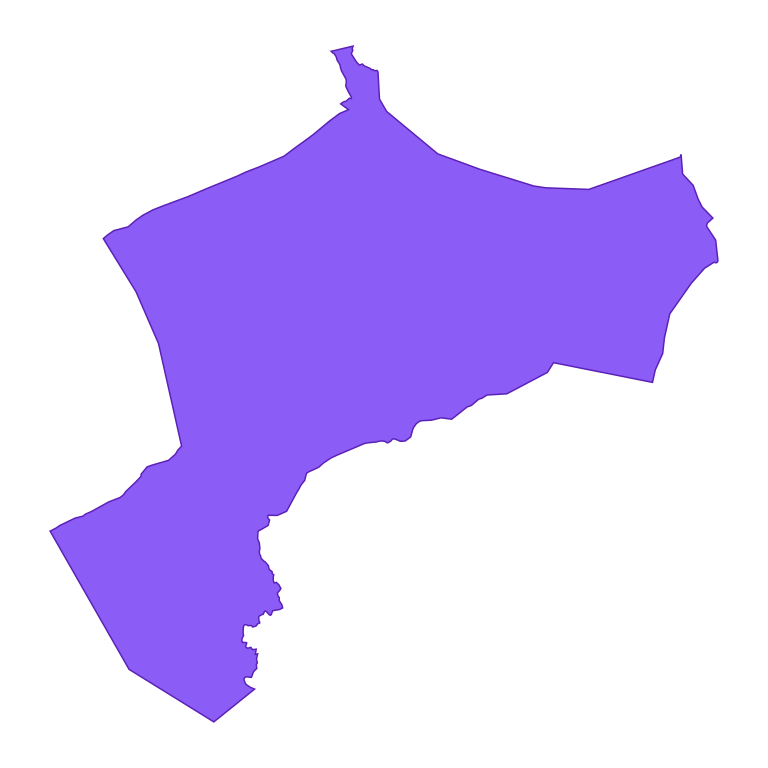 the district of Teococuilco de Marcos Pérez, Oaxaca, Mexico
{"feature_id": "50627088B57116548490410", "entity_name": "Teococuilco de Marcos Pérez", "entity_type": "district", "adm_level": 2, "iso_a3": "MEX", "parent_name": "Mexico", "parent_adm1": "Oaxaca", "projection": "mercator", "projection_center": [-96.676, 17.319], "detail": "fine", "context": "isolated", "style": "filled", "palette": "violet", "viewbox_px": 768, "rotation_deg": 0, "n_neighbors": 0, "source": "geoboundaries", "source_scale": "gbopen_adm2", "svg_char_len": 3423}
<svg xmlns="http://www.w3.org/2000/svg" viewBox="0 0 768 768"><path d="M353.1,46.1L331.1,51.3L332.6,52.8L334.1,53.6L336.1,56.6L337.2,60.4L339.0,63.1L340.0,65.1L340.7,68.5L341.6,71.1L344.4,76.2L346.2,79.5L346.2,83.3L345.7,86.0L347.0,89.0L348.8,92.6L350.3,95.2L351.5,97.2L351.2,98.5L349.9,98.2L349.2,98.3L347.4,100.1L346.0,101.2L344.1,101.7L342.3,102.6L340.7,103.9L348.5,109.7L339.6,113.5L329.8,120.8L312.8,134.9L301.2,143.4L294.8,148.0L284.0,156.2L258.4,167.2L246.4,171.8L237.4,176.0L206.0,188.9L188.0,196.6L164.5,205.3L153.3,209.7L143.1,215.1L136.3,219.8L128.2,226.8L113.8,230.6L107.9,234.7L105.4,236.8L103.3,238.6L136.0,291.7L158.5,343.5L181.6,446.1L178.0,449.9L175.5,454.1L168.6,460.3L151.8,465.2L147.1,466.9L141.2,474.1L140.9,476.5L135.9,481.8L125.7,491.6L123.5,494.8L120.1,497.5L108.9,501.8L91.4,511.5L85.3,514.2L83.1,516.1L75.1,518.1L59.9,525.4L56.0,528.1L50.1,531.1L129.1,669.4L181.7,702.0L213.8,721.9L254.6,689.1L250.5,687.4L248.8,686.3L247.0,685.1L245.6,683.8L244.3,680.6L243.9,679.1L244.6,677.7L245.7,676.9L248.1,676.9L249.2,677.2L251.4,677.3L252.0,675.9L253.1,672.8L253.7,671.6L254.3,670.9L255.3,669.9L256.8,668.5L256.3,664.5L257.4,662.8L256.5,659.5L257.0,656.4L257.7,653.9L255.3,654.3L256.2,649.2L252.4,649.6L250.8,647.3L249.6,647.7L248.1,648.1L247.4,648.0L246.9,647.9L246.6,647.8L246.3,647.7L246.1,647.4L245.7,645.8L246.5,644.2L246.6,642.7L244.9,642.4L242.4,642.4L241.8,640.1L242.2,638.3L243.6,635.4L243.2,634.2L243.1,631.9L243.3,627.7L243.8,625.6L244.8,624.7L246.3,624.7L248.1,625.7L250.8,625.5L252.0,626.0L252.7,627.0L254.8,626.4L256.4,625.7L257.7,623.7L259.6,623.1L259.7,622.0L258.9,620.8L258.7,616.9L259.1,616.1L260.6,615.4L261.7,614.6L263.1,614.4L263.9,612.9L264.3,611.6L265.1,611.0L266.4,611.6L268.0,613.4L269.3,614.8L270.5,615.3L271.4,614.4L271.9,612.8L272.6,610.8L274.4,610.4L279.6,609.5L282.7,607.9L281.9,604.8L279.2,600.5L279.3,597.5L278.0,595.9L277.4,593.0L279.3,590.9L280.9,588.6L278.9,584.8L276.4,582.4L274.1,582.9L273.2,580.2L273.3,576.7L273.8,574.9L272.2,573.5L272.1,571.6L270.0,570.1L268.9,568.5L268.4,565.7L265.3,562.0L263.4,560.7L261.0,558.1L260.6,555.8L259.6,554.3L259.3,551.3L259.9,548.7L259.3,542.8L257.6,538.6L258.0,531.3L268.1,525.5L269.6,520.0L267.7,517.7L268.0,515.3L277.3,515.4L286.6,511.3L296.3,493.3L299.0,488.9L301.1,484.9L304.7,480.4L306.5,473.3L308.6,471.9L318.9,467.1L323.2,463.2L331.0,458.0L336.7,455.3L364.2,443.6L367.1,442.9L376.4,442.0L379.4,441.1L381.4,441.0L384.5,441.2L386.1,442.2L387.8,442.9L391.1,440.9L392.2,439.2L394.0,438.8L395.8,439.4L397.9,440.2L400.0,441.2L401.9,441.3L405.3,440.9L407.3,439.5L409.4,437.9L410.7,436.9L411.2,435.1L412.9,429.0L414.0,426.9L415.1,425.4L416.1,423.9L419.3,421.4L421.6,420.7L431.4,420.2L441.1,417.8L451.7,419.2L467.2,406.9L471.3,405.5L478.7,399.2L481.8,398.3L487.1,395.0L506.8,393.8L547.4,372.4L553.5,362.7L652.5,382.4L655.3,369.9L662.7,353.5L664.4,338.1L669.8,313.8L691.3,283.2L704.6,268.2L713.9,262.3L714.3,262.4L714.8,262.5L715.3,262.6L716.1,262.8L716.8,262.6L717.7,261.6L717.9,260.1L716.9,251.3L715.7,240.1L706.5,226.2L707.3,223.1L712.9,218.1L702.1,207.0L698.1,199.0L693.2,185.4L682.6,174.0L681.1,154.3L680.2,157.1L588.8,189.4L545.7,187.8L533.7,186.0L479.9,169.3L437.8,153.9L386.7,111.5L379.5,99.1L378.0,71.9L377.0,70.4L375.2,70.8L373.8,70.3L373.3,69.7L371.9,69.8L369.9,68.3L364.1,65.8L362.3,64.0L359.5,65.1L356.7,62.3L354.7,59.2L351.3,53.8L352.8,50.3L352.2,48.5L353.1,46.1Z" fill="#8b5cf6" stroke="#5b21b6" stroke-width="1.5"/></svg>